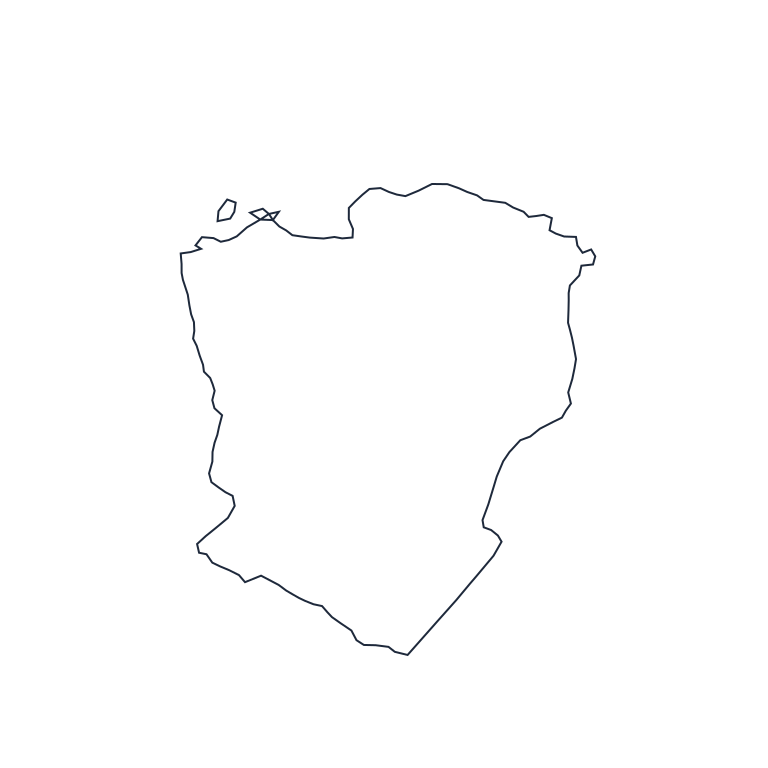 the district of São Gonçalo, Rio de Janeiro, Brazil, rotated 57°
{"feature_id": "56859067B71133988881578", "entity_name": "São Gonçalo", "entity_type": "district", "adm_level": 2, "iso_a3": "BRA", "parent_name": "Brazil", "parent_adm1": "Rio de Janeiro", "projection": "equal_earth", "projection_center": [-43.016, -22.822], "detail": "fine", "context": "isolated", "style": "outline", "palette": "slate", "viewbox_px": 768, "rotation_deg": 57, "n_neighbors": 0, "source": "geoboundaries", "source_scale": "gbopen_adm2", "svg_char_len": 2172}
<svg xmlns="http://www.w3.org/2000/svg" viewBox="0 0 768 768"><g transform="rotate(57 384 384)"><path d="M315.6,173.1L306.3,179.6L298.1,183.6L283.8,200.3L276.5,203.2L268.3,209.6L260.7,214.5L251.0,221.9L242.4,234.8L240.7,249.7L238.1,263.7L232.1,270.1L225.6,275.3L217.8,280.2L212.5,290.0L213.5,298.9L215.2,308.6L217.2,317.6L226.7,323.8L237.1,325.6L244.0,330.6L239.1,339.8L233.7,345.5L229.1,355.4L220.8,366.5L215.5,372.7L209.3,379.8L201.9,382.4L194.9,386.0L186.0,387.9L178.7,398.2L178.0,413.6L180.0,427.1L178.7,435.8L175.8,443.4L168.8,447.5L161.7,456.7L165.1,466.6L171.0,463.8L168.1,474.2L163.8,483.4L173.1,488.4L180.7,493.3L187.1,495.9L194.3,497.8L202.2,499.9L212.1,504.4L220.5,507.8L228.6,509.7L236.2,514.2L242.0,519.4L250.0,520.3L259.7,523.1L269.3,525.3L275.6,528.3L284.3,526.5L291.1,527.9L297.4,529.7L304.0,536.8L312.0,539.4L322.0,536.8L330.0,545.6L335.9,551.5L341.0,558.1L347.6,564.8L355.6,570.2L363.7,579.4L372.4,582.2L380.8,579.0L388.4,575.9L395.4,571.9L404.9,575.6L411.3,587.9L413.2,604.0L414.5,616.5L416.4,627.9L424.8,631.0L430.1,625.6L440.3,625.3L447.7,620.8L455.6,615.4L465.3,609.7L474.5,608.5L477.8,591.5L495.1,581.8L504.0,578.5L510.8,575.1L517.0,571.9L522.9,568.3L530.3,563.1L536.5,556.9L544.5,555.8L551.2,554.6L561.2,550.6L573.0,545.6L583.9,546.6L591.9,543.0L598.5,533.3L606.9,523.4L614.5,520.8L624.1,511.8L612.2,468.9L604.6,441.1L598.3,420.7L595.6,411.5L587.7,385.7L580.3,371.3L573.1,371.0L564.8,373.7L558.5,378.4L551.8,375.5L541.8,362.1L529.7,347.7L523.0,339.8L513.7,326.1L509.4,315.9L505.4,300.3L507.7,290.0L506.4,277.6L507.9,262.8L509.1,253.1L505.4,246.0L502.2,237.9L491.4,234.1L482.3,223.3L474.6,215.7L467.7,209.4L455.0,204.1L447.4,201.1L439.5,198.4L432.9,196.3L422.5,189.0L414.1,183.3L408.3,179.6L402.6,174.4L399.3,161.1L392.3,154.0L397.6,143.6L392.0,137.3L384.0,137.0L382.1,146.0L373.2,146.4L365.2,142.9L358.4,152.6L351.4,158.0L345.2,161.4L336.3,152.9L329.2,157.8L326.0,164.9L322.6,171.7L315.6,173.1ZM161.5,422.9L158.1,415.8L151.1,409.6L143.9,415.0L148.9,428.7L156.8,434.9L161.5,422.9ZM178.7,398.2L178.7,387.9L171.0,390.2L167.4,403.0L178.7,398.2ZM186.0,387.9L182.3,378.4L178.7,387.9L186.0,387.9Z" fill="none" stroke="#1e293b" stroke-width="2"/></g></svg>